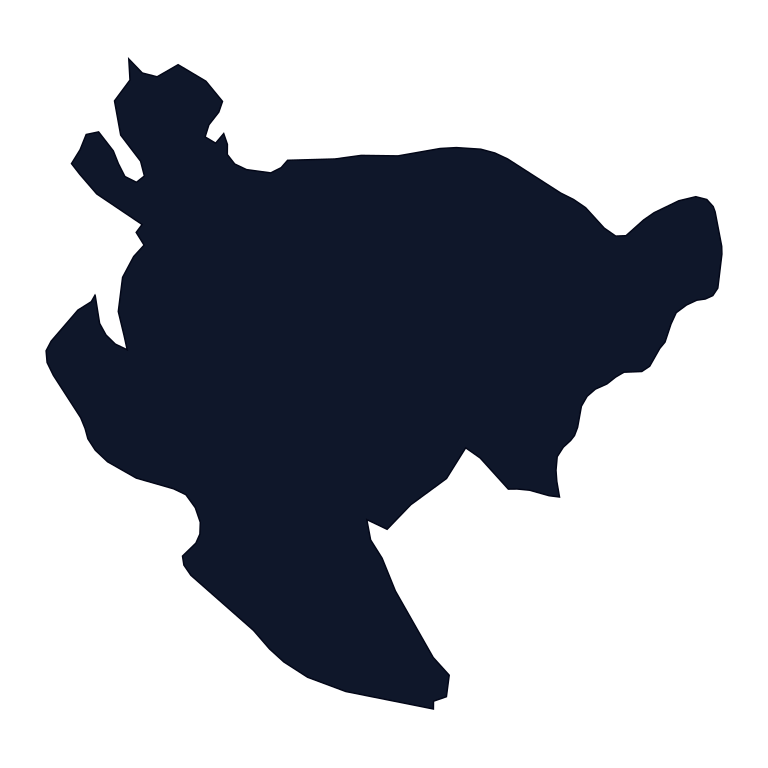 the Prefecture of Saga
{"feature_id": "JPN-1827", "entity_name": "Saga", "entity_type": "Prefecture", "adm_level": 1, "iso_a3": "JPN", "parent_name": "Japan", "parent_adm1": "", "projection": "natural_earth1", "projection_center": [130.106, 33.248], "detail": "fine", "context": "isolated", "style": "filled", "palette": "ink", "viewbox_px": 768, "rotation_deg": 0, "n_neighbors": 0, "source": "natural_earth", "source_scale": "10m", "svg_char_len": 1774}
<svg xmlns="http://www.w3.org/2000/svg" viewBox="0 0 768 768"><path d="M95.0,295.2L95.2,295.6L99.6,323.4L106.0,335.0L115.3,344.1L127.2,349.8L124.1,335.6L118.3,311.5L122.6,277.3L133.7,256.5L144.1,245.1L136.2,232.4L142.1,224.5L96.7,193.9L79.8,174.3L71.5,163.6L80.1,149.7L86.2,134.5L98.6,131.9L113.3,150.9L118.4,163.7L124.9,176.5L136.4,182.3L144.4,176.0L140.6,161.2L120.7,135.1L114.5,100.9L130.0,80.0L128.8,59.0L142.3,73.0L157.1,76.8L178.1,64.7L205.9,81.2L222.5,101.4L218.8,112.1L208.9,124.8L205.1,136.9L215.6,143.2L223.7,133.6L227.4,144.4L227.3,154.5L234.7,164.0L246.5,169.6L270.7,172.9L281.1,167.7L287.6,160.3L334.8,159.0L361.2,155.4L398.0,155.9L440.1,148.5L456.4,147.6L480.8,149.2L494.9,153.0L507.7,159.0L560.6,193.0L573.6,199.5L585.6,207.7L604.2,228.1L615.7,236.1L626.0,235.7L643.7,219.9L654.1,212.7L678.7,200.8L695.8,196.7L706.8,199.5L713.2,206.6L715.1,211.8L721.7,246.3L721.9,254.1L717.8,288.1L712.8,295.6L705.3,299.0L696.8,300.2L686.5,305.0L676.2,312.7L671.0,324.0L665.0,342.1L659.8,348.4L649.7,366.2L641.8,371.5L623.9,372.2L615.6,377.1L607.0,383.9L595.4,389.1L587.1,396.3L581.4,406.2L577.6,427.3L574.5,435.5L570.7,440.4L563.3,447.2L557.2,456.7L556.0,470.3L556.8,481.3L559.5,497.0L549.1,495.7L529.5,490.2L517.1,489.0L508.3,489.1L480.2,458.0L465.7,447.8L446.5,478.5L410.8,504.7L387.1,529.3L366.8,519.6L370.6,539.9L382.1,558.2L395.4,591.0L433.2,657.5L449.2,675.2L446.4,696.7L433.5,701.2L433.4,709.0L345.8,691.5L307.7,677.3L283.9,662.0L269.6,649.0L253.5,630.4L190.9,575.3L183.9,565.1L182.5,556.1L195.9,543.1L199.9,534.1L200.3,522.3L195.3,507.7L185.9,494.7L173.6,488.8L136.3,478.1L107.6,461.8L95.3,450.2L87.9,438.8L85.1,428.5L80.7,417.7L53.4,375.4L47.1,362.5L46.1,350.8L51.2,341.1L77.9,310.1L91.3,301.7L95.0,295.2Z" fill="#0f172a" stroke="#020617" stroke-width="1.5"/></svg>